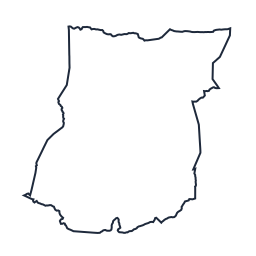 Monte Santo, Bahia, Brazil (orthographic projection), rotated 87°
{"feature_id": "56859067B5378838319311", "entity_name": "Monte Santo", "entity_type": "district", "adm_level": 2, "iso_a3": "BRA", "parent_name": "Brazil", "parent_adm1": "Bahia", "projection": "orthographic", "projection_center": [-39.443, -10.381], "detail": "fine", "context": "isolated", "style": "outline", "palette": "slate", "viewbox_px": 256, "rotation_deg": 87, "n_neighbors": 0, "source": "geoboundaries", "source_scale": "gbopen_adm2", "svg_char_len": 4355}
<svg xmlns="http://www.w3.org/2000/svg" viewBox="0 0 256 256"><g transform="rotate(87 128 128)"><path d="M29.7,147.7L28.8,148.6L28.8,150.1L28.3,151.9L27.9,153.2L27.9,154.7L27.3,156.4L27.3,157.9L27.6,159.2L26.7,159.9L25.6,160.6L25.3,162.1L24.9,163.6L25.0,165.1L24.9,166.6L24.9,167.9L25.8,168.6L26.9,169.2L27.3,170.4L26.1,171.0L25.0,172.0L24.6,173.1L25.0,174.4L25.6,175.7L26.0,176.6L25.6,177.8L24.9,178.6L23.8,179.7L23.5,180.8L23.6,182.1L26.9,181.9L51.8,182.8L53.4,182.8L60.2,183.1L64.7,183.2L81.9,186.9L89.9,192.6L95.3,196.4L96.4,196.0L97.5,195.5L98.5,196.2L100.3,195.7L101.5,194.3L102.5,194.0L103.3,193.0L104.5,192.5L105.3,193.2L106.4,193.4L107.2,192.8L108.2,192.7L109.1,191.8L110.1,191.6L111.2,192.3L112.3,192.0L113.2,192.2L114.5,192.1L115.4,191.4L116.8,192.2L118.2,192.4L119.5,191.8L120.7,192.0L121.7,192.3L122.8,192.6L123.8,193.4L130.0,202.6L135.8,209.1L143.1,213.2L146.6,215.1L157.6,221.2L158.7,221.4L160.5,221.0L161.3,222.0L162.8,221.7L168.1,222.8L184.5,227.5L190.1,229.3L189.3,230.1L188.2,231.0L188.5,232.4L189.4,233.9L189.9,235.3L193.6,228.4L194.1,227.3L194.3,226.2L195.5,226.6L196.5,226.4L197.5,225.3L196.7,224.1L196.1,223.0L197.0,222.5L197.8,222.0L198.5,220.6L198.8,219.6L199.5,218.4L199.8,217.1L200.4,216.0L201.3,214.5L201.1,213.4L201.2,212.4L201.1,211.2L200.9,210.0L201.1,208.7L202.2,207.3L202.7,206.1L204.5,205.5L205.8,204.9L206.8,203.6L206.7,202.0L207.4,200.9L209.2,200.9L210.9,200.4L211.8,199.8L213.1,198.8L214.3,197.5L215.4,198.1L215.6,199.4L216.3,200.2L217.3,200.9L218.6,200.5L220.2,200.0L220.2,198.6L219.7,197.3L220.2,196.1L221.4,195.9L222.0,195.1L223.5,194.5L225.0,193.9L226.0,192.2L226.6,190.8L227.4,189.3L228.2,187.9L230.8,167.4L231.2,163.9L231.2,162.8L231.2,161.6L230.4,160.6L229.8,159.2L229.0,158.2L228.7,157.1L228.7,155.8L229.3,154.9L229.5,153.9L229.6,152.8L229.6,151.7L229.3,150.7L228.5,149.9L227.1,149.6L226.0,149.4L224.9,149.5L223.4,149.1L221.9,148.1L220.2,147.7L219.2,146.7L218.5,145.7L217.5,144.6L217.2,143.4L218.0,142.6L219.0,142.1L221.3,142.3L222.7,141.7L224.1,141.7L226.0,141.1L227.2,140.9L227.8,141.7L228.6,143.1L229.6,143.6L230.7,143.1L231.6,142.2L231.8,140.7L232.0,139.1L232.5,137.5L232.5,136.2L232.1,135.0L232.2,133.9L231.4,132.7L231.1,131.7L231.1,130.7L231.1,129.6L230.3,128.4L229.5,127.4L229.2,125.9L228.6,124.6L227.5,123.7L226.8,122.2L226.6,120.9L226.3,119.9L226.0,118.6L225.5,117.3L225.0,116.4L224.6,115.2L224.0,112.8L223.6,111.9L223.1,110.9L223.0,109.9L223.0,108.9L223.3,107.8L220.9,106.1L219.4,105.6L219.1,104.5L222.4,101.4L224.3,99.7L223.5,99.0L222.6,97.6L221.6,96.4L220.8,94.9L220.4,93.6L219.6,92.3L219.3,90.5L219.2,89.1L219.5,88.2L219.4,86.5L218.6,85.4L217.9,84.7L216.6,84.1L215.3,83.4L214.4,82.4L213.9,81.5L213.4,80.5L212.5,79.1L211.0,78.5L209.6,78.6L208.4,77.7L207.4,77.1L206.1,76.0L204.3,74.9L203.9,72.9L203.5,71.2L202.2,70.5L202.4,68.5L202.6,67.3L201.9,64.6L191.1,64.0L190.0,64.1L189.3,63.3L188.3,63.1L186.8,63.2L185.2,63.3L184.0,63.0L182.6,63.2L181.2,63.1L179.7,63.4L178.3,63.4L176.9,64.1L172.3,63.0L172.7,64.0L172.8,65.0L156.6,57.0L154.7,56.9L151.9,56.9L141.7,57.0L128.4,57.1L125.7,57.7L108.8,61.6L107.5,61.9L104.9,62.3L105.2,61.0L105.1,59.9L105.2,58.4L104.4,57.0L103.5,56.2L102.3,54.6L101.5,53.1L101.6,51.7L100.8,50.8L99.6,49.6L95.1,50.1L95.3,49.0L95.1,47.6L95.4,46.5L95.0,45.1L93.9,44.6L93.0,43.2L92.4,41.9L91.8,40.7L91.9,39.7L92.6,38.9L92.9,37.3L92.9,35.2L90.2,36.8L83.6,41.0L67.6,39.8L61.8,32.5L49.6,26.0L45.2,23.7L40.9,21.4L33.8,20.7L34.1,21.8L34.5,22.9L34.6,24.1L34.5,25.6L34.5,26.8L34.6,28.4L34.7,29.8L34.4,31.3L34.5,32.8L34.6,34.5L34.8,35.7L35.3,37.2L36.4,37.9L36.5,39.5L36.5,41.0L36.4,42.1L36.3,43.5L36.3,44.9L36.2,46.0L36.3,47.1L36.2,48.3L36.1,50.4L35.9,52.0L35.7,53.4L35.7,54.7L35.7,55.7L35.7,56.9L35.6,58.2L35.3,59.8L34.9,60.9L34.7,62.0L34.5,63.1L34.3,64.6L34.2,66.1L34.4,67.4L34.8,68.7L34.7,69.6L34.6,70.6L34.4,71.9L34.2,73.3L34.1,74.5L33.9,75.5L33.6,76.9L32.9,78.2L32.3,79.8L31.6,80.9L39.3,89.6L39.5,90.8L40.1,91.7L40.5,92.6L41.5,104.1L41.3,105.6L41.6,107.0L40.6,107.7L39.7,108.6L39.3,110.2L38.8,111.4L38.1,112.5L36.3,112.9L34.7,113.3L34.1,114.6L33.8,115.7L33.7,116.8L33.2,117.8L33.4,119.3L33.5,121.0L33.2,122.2L33.7,123.1L34.2,124.3L34.1,125.6L34.0,126.8L34.3,128.3L34.6,130.0L34.2,131.5L34.3,132.7L34.5,133.8L35.1,134.8L35.6,136.4L35.7,138.1L34.7,139.5L33.8,139.9L33.3,141.0L33.5,142.1L33.2,144.0L32.4,145.6L31.3,147.3L29.7,147.7Z" fill="none" stroke="#1e293b" stroke-width="2"/></g></svg>